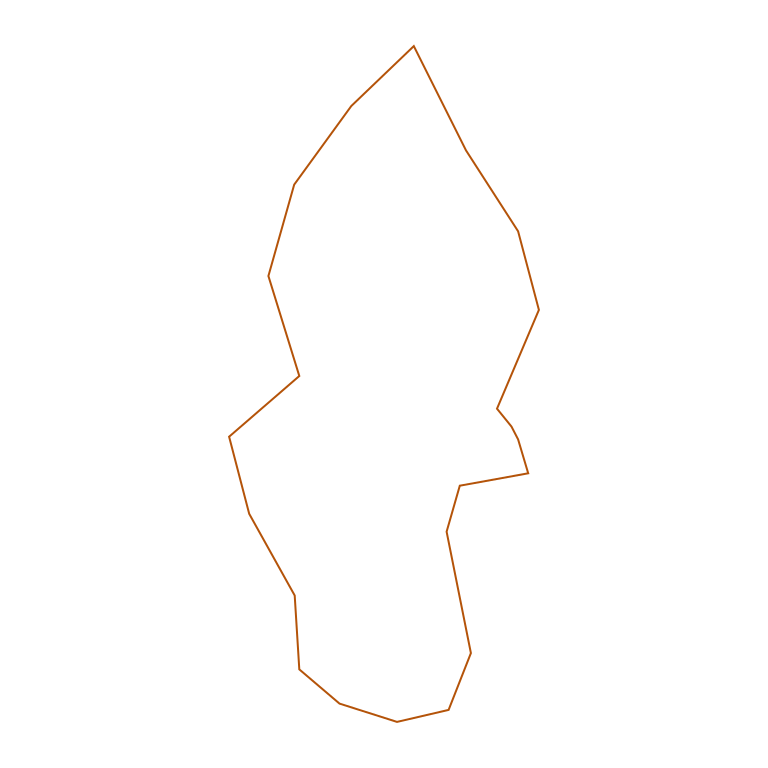 map outline of `Uvea (Robinson projection)
{"feature_id": "WLF-4996", "entity_name": "`Uvea", "entity_type": "state/province", "adm_level": 1, "iso_a3": "WLF", "parent_name": "Wallis and Futuna", "parent_adm1": "", "projection": "robinson", "projection_center": [-176.158, -13.28], "detail": "fine", "context": "isolated", "style": "outline", "palette": "amber", "viewbox_px": 768, "rotation_deg": 0, "n_neighbors": 0, "source": "natural_earth", "source_scale": "10m", "svg_char_len": 401}
<svg xmlns="http://www.w3.org/2000/svg" viewBox="0 0 768 768"><path d="M413.8,46.1L466.0,150.4L518.1,231.3L538.9,309.9L497.0,408.7L511.5,426.6L518.1,439.4L528.2,473.3L459.8,485.7L446.6,531.7L470.9,653.1L448.6,709.9L397.0,721.9L339.5,703.6L299.3,669.4L294.7,595.5L249.2,513.8L229.1,436.7L299.3,376.0L268.4,276.0L294.2,184.6L351.3,106.0L413.8,46.1Z" fill="none" stroke="#b45309" stroke-width="2"/></svg>